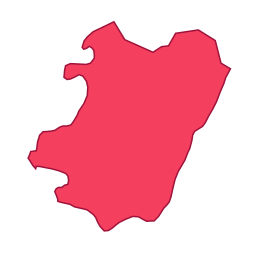 Upplands-Bro, Stockholm, Sweden, rotated 95°
{"feature_id": "70781695B36454711221889", "entity_name": "Upplands-Bro", "entity_type": "district", "adm_level": 2, "iso_a3": "SWE", "parent_name": "Sweden", "parent_adm1": "Stockholm", "projection": "robinson", "projection_center": [17.683, 59.545], "detail": "fine", "context": "isolated", "style": "filled", "palette": "rose", "viewbox_px": 256, "rotation_deg": 95, "n_neighbors": 0, "source": "geoboundaries", "source_scale": "gbopen_adm2", "svg_char_len": 1561}
<svg xmlns="http://www.w3.org/2000/svg" viewBox="0 0 256 256"><g transform="rotate(95 128 128)"><path d="M23.4,151.3L35.2,171.2L40.7,176.4L45.1,179.3L51.6,180.7L53.4,178.9L52.2,176.2L50.0,173.7L51.3,171.0L53.7,168.8L58.4,167.9L61.5,167.7L66.7,171.0L68.3,175.2L68.6,183.0L68.9,191.0L71.4,195.6L76.0,196.2L83.1,196.2L85.0,192.9L84.1,189.4L81.3,184.6L79.1,181.3L80.3,177.4L85.0,173.5L90.9,171.6L99.2,171.4L107.6,174.1L115.6,178.5L119.7,179.7L126.1,182.8L129.9,185.1L131.4,189.2L131.7,193.1L133.3,196.4L136.7,200.7L137.9,204.7L138.8,210.0L139.1,212.3L142.9,215.4L150.0,216.9L156.5,217.1L158.7,217.5L159.9,222.8L163.9,223.9L166.7,224.9L169.5,222.6L171.7,221.0L174.1,219.1L176.6,216.4L174.1,216.0L174.1,212.1L175.4,199.7L176.6,193.3L177.5,190.0L178.8,185.9L181.2,183.6L185.3,182.6L189.3,183.0L190.5,186.1L193.0,189.0L193.3,192.3L194.9,194.3L197.7,195.4L201.4,193.5L204.8,191.9L207.2,191.5L207.9,188.0L209.1,179.1L211.2,174.4L213.0,161.8L213.4,161.1L217.2,155.0L219.9,152.4L224.1,150.2L228.4,147.3L232.6,142.7L231.8,138.5L229.0,134.9L225.3,131.2L222.7,128.3L219.3,122.8L215.7,115.7L215.5,109.9L217.7,105.1L219.3,101.2L218.7,97.9L218.7,97.6L218.3,93.9L213.3,89.8L204.8,85.4L201.3,82.6L198.1,80.5L193.0,79.2L182.9,77.9L174.9,76.6L166.8,74.1L155.0,68.5L147.4,66.3L143.1,64.7L135.0,63.3L129.2,62.9L125.5,61.3L123.1,58.1L119.9,53.9L115.8,51.4L109.3,48.8L101.7,45.2L94.0,42.1L84.7,39.5L75.3,36.4L69.1,35.0L60.1,31.1L55.3,41.0L33.3,48.7L24.2,66.5L29.5,88.8L42.6,94.8L44.1,101.7L50.4,109.7L40.3,138.9L23.4,151.3Z" fill="#f43f5e" stroke="#9f1239" stroke-width="1.5"/></g></svg>